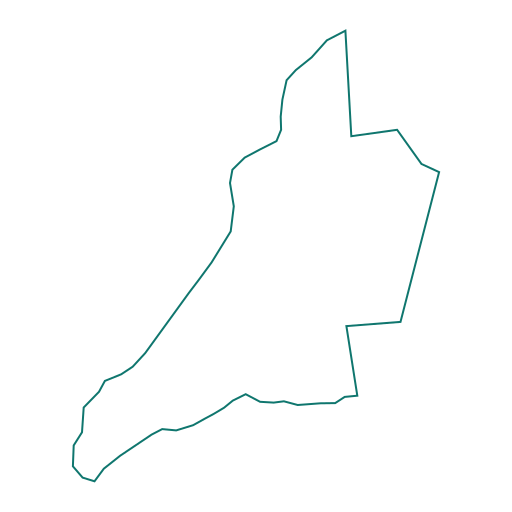 the district of Bernardino Batista, Paraíba, Brazil
{"feature_id": "56859067B48691162320269", "entity_name": "Bernardino Batista", "entity_type": "district", "adm_level": 2, "iso_a3": "BRA", "parent_name": "Brazil", "parent_adm1": "Paraíba", "projection": "natural_earth1", "projection_center": [-38.57, -6.476], "detail": "fine", "context": "isolated", "style": "outline", "palette": "teal", "viewbox_px": 512, "rotation_deg": 0, "n_neighbors": 0, "source": "geoboundaries", "source_scale": "gbopen_adm2", "svg_char_len": 773}
<svg xmlns="http://www.w3.org/2000/svg" viewBox="0 0 512 512"><path d="M82.6,477.6L94.5,481.3L103.8,468.7L120.2,455.7L151.6,434.6L162.2,429.1L176.2,430.4L193.1,425.2L204.6,418.8L213.7,413.9L224.1,407.7L232.8,400.6L245.7,394.2L260.1,401.8L273.7,402.6L283.9,401.3L297.7,405.0L320.4,403.3L335.2,403.1L344.7,396.9L357.3,395.7L346.4,326.1L400.5,321.9L439.1,172.1L421.5,164.0L397.1,129.8L351.3,136.2L345.4,30.7L326.9,40.3L311.7,57.3L295.8,70.1L286.6,80.2L282.4,99.6L280.7,116.6L281.1,129.8L276.5,141.1L259.9,149.5L244.7,157.6L232.4,169.7L230.0,183.0L233.8,206.3L230.7,231.4L211.6,262.4L198.6,280.1L189.1,292.6L145.2,353.1L132.7,366.7L121.2,374.3L104.9,380.9L99.0,391.8L83.7,407.5L82.0,432.3L73.7,445.4L72.9,466.3L82.6,477.6Z" fill="none" stroke="#0f766e" stroke-width="2"/></svg>